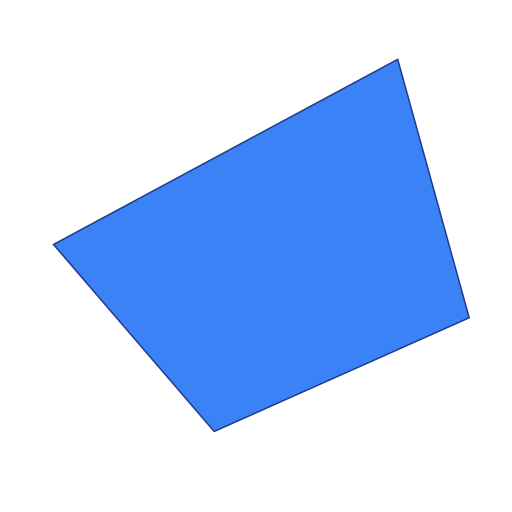 an SVG outline of Quatre Bornes, rotated 168°
{"feature_id": "MUS-5191", "entity_name": "Quatre Bornes", "entity_type": "City", "adm_level": 1, "iso_a3": "MUS", "parent_name": "Mauritius", "parent_adm1": "", "projection": "albers", "projection_center": [57.476, -20.27], "detail": "fine", "context": "isolated", "style": "filled", "palette": "blue", "viewbox_px": 512, "rotation_deg": 168, "n_neighbors": 0, "source": "natural_earth", "source_scale": "10m", "svg_char_len": 227}
<svg xmlns="http://www.w3.org/2000/svg" viewBox="0 0 512 512"><g transform="rotate(168 256 256)"><path d="M76.5,418.9L60.3,151.3L333.4,93.1L451.7,309.4L76.5,418.9Z" fill="#3b82f6" stroke="#1e3a8a" stroke-width="1.5"/></g></svg>